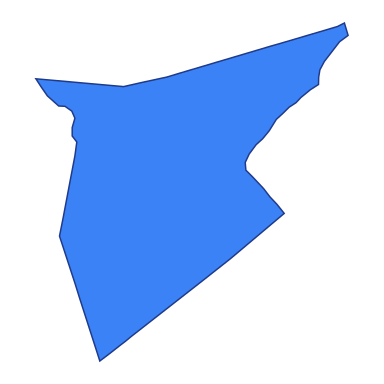 Barra de Guabiraba, Pernambuco, Brazil (Robinson projection)
{"feature_id": "56859067B85963395664365", "entity_name": "Barra de Guabiraba", "entity_type": "district", "adm_level": 2, "iso_a3": "BRA", "parent_name": "Brazil", "parent_adm1": "Pernambuco", "projection": "robinson", "projection_center": [-35.622, -8.422], "detail": "fine", "context": "isolated", "style": "filled", "palette": "blue", "viewbox_px": 384, "rotation_deg": 0, "n_neighbors": 0, "source": "geoboundaries", "source_scale": "gbopen_adm2", "svg_char_len": 790}
<svg xmlns="http://www.w3.org/2000/svg" viewBox="0 0 384 384"><path d="M284.2,213.4L277.1,204.5L269.8,196.7L263.6,188.6L252.7,177.0L245.9,170.2L245.2,162.5L249.2,154.0L256.1,144.7L262.6,138.8L269.2,130.8L276.3,119.4L283.6,112.7L289.1,107.2L296.0,102.7L300.9,97.5L310.4,89.7L318.5,84.5L318.7,77.1L319.9,69.8L324.4,61.4L339.6,41.7L348.1,35.4L344.4,23.0L337.5,26.5L279.7,43.6L270.5,46.2L180.6,72.9L166.7,77.1L142.6,82.3L123.6,86.6L35.9,78.8L41.5,87.4L47.4,95.9L58.7,106.0L65.0,106.3L71.8,111.1L74.9,118.2L72.2,127.6L72.2,136.0L76.8,142.0L74.9,155.9L68.9,187.4L63.0,218.6L59.5,236.1L62.4,244.9L75.2,284.0L79.4,297.5L97.3,353.1L99.8,361.0L109.6,353.6L119.9,345.5L125.8,341.0L130.7,336.9L203.7,279.8L212.8,272.6L230.3,258.8L284.2,213.4Z" fill="#3b82f6" stroke="#1e3a8a" stroke-width="1.5"/></svg>